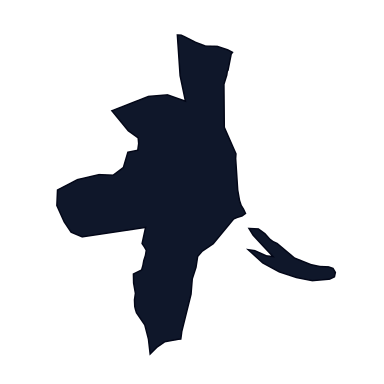 Mannārama, Robinson projection, rotated 175°
{"feature_id": "LKA-2457", "entity_name": "Mannārama", "entity_type": "District", "adm_level": 1, "iso_a3": "LKA", "parent_name": "Sri Lanka", "parent_adm1": "", "projection": "robinson", "projection_center": [80.02, 8.88], "detail": "fine", "context": "isolated", "style": "filled", "palette": "ink", "viewbox_px": 384, "rotation_deg": 175, "n_neighbors": 0, "source": "natural_earth", "source_scale": "10m", "svg_char_len": 1397}
<svg xmlns="http://www.w3.org/2000/svg" viewBox="0 0 384 384"><g transform="rotate(175 192 192)"><path d="M139.5,327.6L141.0,325.9L141.6,323.7L145.5,310.2L146.0,309.6L146.3,309.3L147.2,305.4L150.8,296.6L154.2,253.6L144.9,226.2L145.6,221.5L146.3,190.3L146.3,189.9L145.4,179.4L144.2,174.3L142.2,170.4L140.6,166.0L144.2,163.8L149.4,162.7L152.9,161.5L175.4,138.6L187.1,132.1L192.0,127.3L194.6,116.6L199.3,105.5L201.9,90.2L214.4,53.8L214.8,51.8L216.0,46.5L218.8,46.5L232.2,45.2L240.4,40.5L247.8,34.3L248.2,49.3L250.6,63.7L257.8,76.5L258.5,79.6L259.0,82.9L258.7,89.6L257.2,96.0L258.1,106.4L257.5,115.4L249.0,118.7L247.3,123.1L246.0,127.9L243.9,132.9L242.6,138.0L244.5,142.0L246.2,145.0L241.3,160.8L305.3,156.9L315.9,162.5L321.9,173.4L327.8,190.3L325.8,205.7L305.0,214.3L283.1,217.4L269.1,215.6L258.2,222.4L252.4,237.2L242.4,238.3L240.9,244.9L240.9,250.6L250.1,258.5L264.7,279.9L227.0,291.0L207.9,290.9L190.6,283.0L193.7,308.9L192.9,349.7L189.2,349.2L186.0,347.4L175.6,340.9L165.7,336.1L154.2,334.9L144.0,330.5L139.5,327.6ZM62.5,105.5L58.2,103.6L56.2,99.4L57.5,95.1L62.5,93.2L79.8,93.2L87.5,95.4L95.4,97.7L112.0,104.8L127.7,115.2L141.0,129.6L134.6,128.1L123.5,121.9L116.9,120.6L127.0,133.5L134.9,143.7L138.4,150.7L129.1,149.4L123.0,144.1L118.8,138.4L115.7,135.6L111.7,133.3L95.7,117.3L87.8,113.3L79.9,109.3L74.1,107.5L71.0,106.6L62.5,105.5Z" fill="#0f172a" stroke="#020617" stroke-width="1.5"/></g></svg>